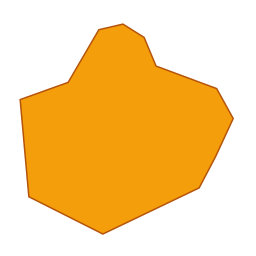 outline of Margilan city, Ferghana, Uzbekistan, rotated 266°
{"feature_id": "79887680B77286395999691", "entity_name": "Margilan city", "entity_type": "district", "adm_level": 2, "iso_a3": "UZB", "parent_name": "Uzbekistan", "parent_adm1": "Ferghana", "projection": "mercator", "projection_center": [71.731, 40.482], "detail": "fine", "context": "isolated", "style": "filled", "palette": "amber", "viewbox_px": 256, "rotation_deg": 266, "n_neighbors": 0, "source": "geoboundaries", "source_scale": "gbopen_adm2", "svg_char_len": 319}
<svg xmlns="http://www.w3.org/2000/svg" viewBox="0 0 256 256"><g transform="rotate(266 128 128)"><path d="M232.0,130.2L228.1,105.8L177.7,71.5L163.9,22.4L66.3,24.3L24.0,95.5L63.3,194.8L93.4,213.4L130.1,233.6L161.1,219.2L187.8,160.3L217.2,150.4L232.0,130.2Z" fill="#f59e0b" stroke="#b45309" stroke-width="1.5"/></g></svg>